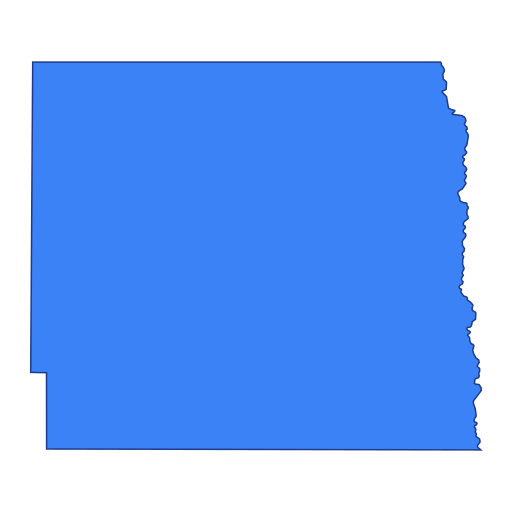 Traill, North Dakota, United States of America (Natural Earth projection)
{"feature_id": "52423323B89415908777335", "entity_name": "Traill", "entity_type": "district", "adm_level": 2, "iso_a3": "USA", "parent_name": "United States of America", "parent_adm1": "North Dakota", "projection": "natural_earth1", "projection_center": [-96.868, 47.455], "detail": "fine", "context": "isolated", "style": "filled", "palette": "blue", "viewbox_px": 512, "rotation_deg": 0, "n_neighbors": 0, "source": "geoboundaries", "source_scale": "gbopen_adm2", "svg_char_len": 2691}
<svg xmlns="http://www.w3.org/2000/svg" viewBox="0 0 512 512"><path d="M46.6,449.0L480.8,449.9L477.9,447.4L477.5,446.5L477.5,445.6L478.2,444.4L479.9,442.4L480.0,440.9L479.5,438.9L476.2,436.5L475.9,435.8L476.4,434.3L476.3,433.7L475.1,431.9L475.6,431.0L475.8,429.2L475.4,428.1L474.5,427.8L474.4,426.7L474.8,425.5L476.4,424.9L477.0,423.4L476.5,422.5L474.5,421.8L474.0,420.9L474.7,418.4L476.0,416.4L476.1,415.1L475.3,408.8L473.4,403.5L473.5,400.8L481.3,390.5L481.3,388.2L479.3,384.8L478.4,384.4L475.6,384.2L474.5,383.4L474.9,379.4L475.4,378.8L478.4,377.7L479.1,376.6L479.2,375.7L478.7,373.1L479.7,371.1L479.7,369.0L479.1,368.0L477.5,366.8L477.3,365.6L479.2,362.4L478.7,360.0L475.9,357.9L473.5,353.3L472.7,350.3L473.9,345.9L473.3,344.5L471.4,343.8L470.6,342.7L469.8,341.0L469.6,337.6L467.6,335.3L467.7,334.4L469.6,333.5L470.2,332.3L470.0,331.5L467.8,330.3L466.6,328.9L467.4,327.5L470.0,327.2L471.4,325.8L472.3,321.6L475.5,319.3L475.8,314.2L475.8,312.9L475.0,311.9L472.4,310.4L472.1,308.6L472.8,305.3L472.7,304.7L470.6,302.3L467.3,299.9L467.4,298.3L466.9,297.2L463.6,295.9L460.9,292.3L460.8,291.6L461.5,289.9L461.4,289.2L459.7,288.4L459.2,287.7L459.2,286.4L460.2,285.2L462.5,283.7L463.1,281.8L461.8,280.4L461.5,279.2L461.6,278.1L463.3,275.3L462.2,273.3L462.4,271.9L464.0,269.0L464.0,268.0L462.6,264.3L462.8,259.1L463.5,257.5L463.5,256.5L462.5,255.1L462.3,253.9L462.5,252.7L464.0,251.3L464.5,248.7L462.5,245.4L462.3,241.8L462.9,240.1L465.1,237.5L465.9,235.2L465.7,234.0L463.5,232.2L463.3,231.4L463.3,230.2L463.7,229.5L464.9,228.7L465.3,227.2L465.1,226.2L463.3,224.8L463.3,223.9L463.7,222.5L464.3,221.6L468.1,218.4L468.0,216.9L467.9,216.3L466.9,214.6L466.9,212.3L467.1,209.7L468.0,208.7L468.3,207.7L468.0,206.8L467.0,205.6L466.8,203.5L466.3,203.0L463.3,202.5L461.2,201.6L459.9,200.4L459.7,197.7L457.8,193.6L457.8,192.6L458.9,191.1L460.6,189.8L461.9,189.4L465.9,183.7L465.7,182.5L464.7,181.4L464.5,179.8L466.0,177.5L466.3,175.9L466.1,175.3L464.7,173.9L464.6,172.8L464.9,172.1L466.2,170.7L466.6,168.9L465.7,167.0L463.6,165.3L462.9,163.5L462.8,162.4L464.0,160.7L464.4,159.3L464.2,158.6L463.2,158.2L462.8,156.5L463.1,155.6L464.6,155.2L466.6,152.9L466.4,151.5L465.1,150.3L464.8,148.1L466.9,144.8L468.3,136.1L467.9,134.1L465.9,131.2L466.1,129.8L467.1,129.3L467.3,128.4L466.6,126.7L465.3,125.7L464.4,124.4L465.9,120.8L465.4,118.7L464.2,116.9L462.0,115.6L452.6,114.3L452.3,113.3L454.5,111.5L454.8,110.8L454.6,110.4L450.8,109.4L448.5,108.1L446.5,96.6L442.2,92.1L442.5,91.0L445.0,90.1L446.2,89.2L446.5,82.7L446.2,81.7L443.3,79.1L442.9,73.9L444.2,71.5L444.3,69.8L443.2,67.2L441.4,65.2L441.4,63.4L440.5,62.1L32.7,62.1L30.7,372.4L46.5,372.7L46.6,449.0Z" fill="#3b82f6" stroke="#1e3a8a" stroke-width="1.5"/></svg>